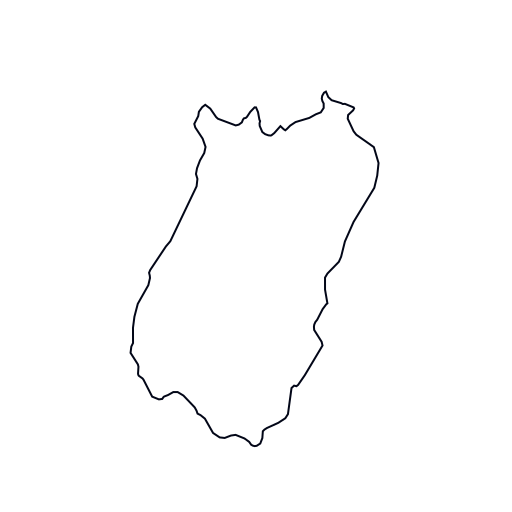 SVG path tracing the border of Fars, rotated 52°
{"feature_id": "IRN-3212", "entity_name": "Fars", "entity_type": "Province", "adm_level": 1, "iso_a3": "IRN", "parent_name": "Iran", "parent_adm1": "", "projection": "natural_earth1", "projection_center": [52.93, 29.426], "detail": "fine", "context": "isolated", "style": "outline", "palette": "ink", "viewbox_px": 512, "rotation_deg": 52, "n_neighbors": 0, "source": "natural_earth", "source_scale": "10m", "svg_char_len": 1918}
<svg xmlns="http://www.w3.org/2000/svg" viewBox="0 0 512 512"><g transform="rotate(52 256 256)"><path d="M199.0,87.6L200.1,87.8L201.0,89.8L201.6,96.6L204.3,99.2L217.8,102.3L222.2,102.3L242.8,96.1L258.2,102.2L267.3,111.0L275.1,120.8L289.2,158.1L299.3,177.0L309.0,189.4L311.6,194.3L313.8,210.5L315.5,214.9L325.0,222.3L337.3,228.9L337.3,230.4L338.9,236.2L343.9,247.0L344.6,249.9L345.9,252.3L347.4,253.9L350.1,255.7L364.0,257.1L367.5,258.7L380.0,291.0L383.5,302.2L383.5,304.3L381.6,305.8L381.9,309.3L400.3,328.2L401.9,332.8L401.2,341.1L398.3,353.1L398.0,356.2L398.3,358.5L403.4,363.1L406.4,368.1L406.0,372.3L405.0,374.1L403.6,375.2L401.8,376.0L398.3,375.8L392.7,377.4L384.4,382.2L382.1,386.2L380.1,392.7L376.6,396.3L369.0,398.8L352.7,396.4L347.2,397.7L344.2,399.1L341.3,398.1L337.6,397.5L321.3,399.1L315.0,401.5L312.3,405.0L311.4,410.9L310.2,414.9L310.2,415.7L310.9,417.9L309.2,420.8L302.9,424.4L284.2,420.8L282.6,420.8L278.2,422.1L277.1,421.9L276.1,421.4L270.9,416.8L268.7,415.8L255.1,414.5L250.6,410.0L248.9,406.5L236.8,397.1L229.0,389.2L220.9,378.6L212.7,358.8L208.1,353.1L206.1,351.8L203.4,350.6L201.9,348.0L193.0,321.1L191.6,314.4L164.5,259.9L159.2,254.7L154.4,252.8L150.5,248.4L146.2,241.3L143.0,233.4L139.0,228.6L130.7,225.8L117.3,224.7L113.9,223.3L110.2,215.4L107.2,212.2L105.6,206.8L105.6,203.0L105.6,202.9L111.7,201.3L121.9,201.9L124.4,201.5L140.6,191.6L141.9,188.7L142.0,184.9L140.5,182.3L140.1,180.7L140.9,179.1L140.8,177.5L138.9,171.8L138.0,165.6L138.9,164.5L143.8,165.8L150.7,169.4L152.2,169.7L153.6,171.5L155.8,173.0L162.2,174.7L165.6,173.8L168.6,171.9L170.1,170.3L170.4,169.6L170.4,166.0L168.7,156.8L173.3,156.1L175.0,155.5L174.9,153.2L174.3,148.8L174.8,142.4L180.0,129.0L181.2,121.5L182.7,116.5L181.0,111.5L177.5,108.8L174.8,108.3L172.5,107.3L170.6,105.3L169.2,101.9L169.5,99.7L175.3,101.2L179.8,100.5L187.9,94.8L189.7,94.0L190.8,92.3L199.0,87.6Z" fill="none" stroke="#020617" stroke-width="2"/></g></svg>